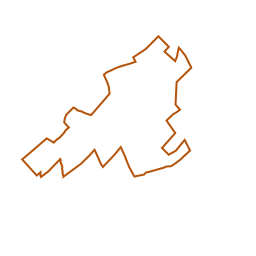 Quintana Roo, Yucatán, Mexico (Natural Earth projection), rotated 39°
{"feature_id": "50627088B14192360660462", "entity_name": "Quintana Roo", "entity_type": "district", "adm_level": 2, "iso_a3": "MEX", "parent_name": "Mexico", "parent_adm1": "Yucatán", "projection": "natural_earth1", "projection_center": [-88.628, 20.839], "detail": "fine", "context": "isolated", "style": "outline", "palette": "amber", "viewbox_px": 256, "rotation_deg": 39, "n_neighbors": 0, "source": "geoboundaries", "source_scale": "gbopen_adm2", "svg_char_len": 3091}
<svg xmlns="http://www.w3.org/2000/svg" viewBox="0 0 256 256"><g transform="rotate(39 128 128)"><path d="M154.8,80.7L150.2,79.9L136.9,61.7L139.1,42.8L139.3,41.4L138.6,41.0L137.8,40.6L137.2,40.3L135.8,39.7L126.8,35.6L125.7,35.4L124.8,35.2L123.8,35.0L123.0,34.8L122.0,34.5L121.1,34.3L120.4,34.2L119.1,33.9L118.4,33.9L117.5,33.8L117.0,33.7L117.4,34.6L117.7,35.3L118.1,35.8L118.7,37.2L119.0,37.7L119.7,39.0L119.9,39.5L120.2,39.9L120.9,41.2L121.1,41.8L121.4,42.2L121.6,43.3L122.0,44.5L122.2,45.2L122.4,45.8L122.6,46.3L108.3,45.7L108.6,39.2L93.9,37.6L92.6,50.7L92.1,55.4L87.6,69.8L92.2,71.8L91.9,72.4L91.8,72.5L91.7,72.6L88.8,77.1L85.3,82.1L84.9,82.3L84.6,83.1L81.6,87.7L80.2,90.5L77.9,95.3L77.2,96.6L76.5,98.0L76.1,99.6L75.7,101.8L83.9,106.0L86.8,107.9L89.1,110.0L92.1,112.9L91.3,139.4L91.2,140.7L91.2,141.1L90.9,141.3L90.6,141.5L90.0,141.6L89.7,141.8L89.3,141.9L89.0,142.2L88.8,142.3L88.2,142.4L87.4,142.7L86.6,143.0L86.1,143.2L84.7,143.6L83.9,143.9L83.1,144.1L82.8,144.1L82.4,144.1L82.0,144.1L81.5,144.3L80.9,144.6L80.6,145.0L80.0,145.1L79.6,145.3L79.0,145.4L78.6,145.6L78.1,146.0L77.6,146.2L76.5,146.0L76.0,145.8L74.8,146.0L73.8,146.2L73.5,146.2L73.2,146.3L72.7,146.4L71.7,156.2L72.8,160.2L74.9,163.8L75.5,163.9L81.8,164.9L81.4,166.6L81.0,168.7L81.0,170.3L81.3,171.1L81.3,172.8L81.1,175.5L81.0,177.9L80.5,179.9L80.1,181.2L79.9,182.1L79.7,183.7L79.6,186.0L73.1,187.0L71.4,187.2L67.0,211.4L65.5,219.0L87.0,222.3L87.9,217.5L89.6,219.7L90.2,220.3L91.2,220.8L93.4,211.9L94.9,194.8L96.0,195.4L96.0,195.9L96.1,196.2L97.3,197.0L97.9,197.6L98.4,197.7L99.0,198.1L99.8,198.4L100.5,199.2L101.1,199.3L101.9,200.2L102.2,201.1L102.5,201.3L102.9,201.5L103.3,201.9L103.8,202.1L104.0,202.6L104.5,203.2L105.2,203.5L105.5,204.3L105.9,204.7L106.2,205.0L106.7,205.1L107.1,205.4L107.9,205.8L108.2,205.9L108.5,206.4L114.0,185.4L115.3,173.8L115.7,166.0L122.3,169.2L128.7,172.6L133.0,174.1L134.3,158.3L134.4,147.4L145.3,152.8L145.2,153.0L153.5,157.6L163.5,161.7L169.7,154.2L170.0,151.2L170.4,150.7L171.3,149.8L178.0,140.3L179.0,138.8L179.7,137.9L180.1,137.4L180.4,136.9L180.8,136.3L181.6,134.7L181.9,134.0L183.5,132.4L184.1,132.0L184.7,131.5L185.2,130.9L185.6,130.1L186.0,129.2L186.2,128.4L186.5,127.7L186.6,127.1L186.8,126.4L187.5,124.2L187.6,123.5L187.8,122.4L188.0,121.9L188.4,120.4L188.6,119.8L188.6,119.7L188.8,118.3L189.1,115.6L189.2,114.6L189.4,113.4L189.5,112.9L189.6,112.4L189.7,111.8L189.9,110.1L190.0,109.3L190.1,108.6L190.3,107.1L190.5,106.5L179.5,101.6L179.5,106.3L179.5,107.0L179.5,108.2L179.5,109.9L179.4,110.8L179.5,111.4L179.5,112.3L179.5,113.9L179.5,115.0L179.4,115.6L179.3,116.2L178.8,117.3L178.4,118.4L177.8,119.7L177.0,121.6L176.5,123.1L175.5,123.0L173.8,122.8L170.7,122.5L166.9,122.1L167.1,120.5L167.2,120.0L167.2,118.9L167.1,117.9L167.2,116.9L167.3,114.6L167.4,113.3L167.5,110.6L167.6,110.1L167.6,108.1L167.8,105.4L167.9,102.3L167.9,102.2L153.3,98.0L153.5,96.0L153.6,95.1L153.7,94.4L153.8,93.7L154.0,92.8L154.1,91.4L154.3,90.5L154.3,89.7L154.4,88.4L154.6,88.0L155.1,87.3L155.4,86.5L155.8,85.3L156.1,84.0L156.2,83.7L156.9,81.1L154.8,80.7Z" fill="none" stroke="#b45309" stroke-width="2"/></g></svg>